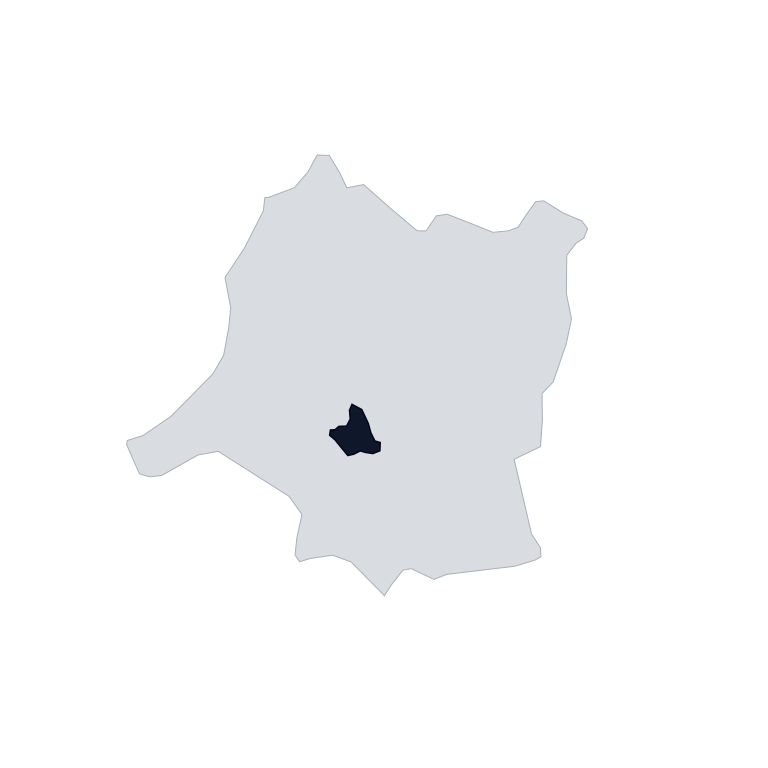 Kosovo, with Štimlje highlighted, rotated 58°
{"feature_id": "KOS-5912", "entity_name": "Štimlje", "entity_type": "District", "adm_level": 1, "iso_a3": "XKX", "parent_name": "Kosovo", "parent_adm1": "", "projection": "albers", "projection_center": [20.998, 42.412], "detail": "fine", "context": "in_parent", "style": "filled", "palette": "ink", "viewbox_px": 768, "rotation_deg": 58, "n_neighbors": 0, "source": "natural_earth", "source_scale": "10m", "svg_char_len": 1372}
<svg xmlns="http://www.w3.org/2000/svg" viewBox="0 0 768 768"><g transform="rotate(58 384 384)"><path d="M238.5,285.4L271.7,274.7L276.5,267.1L269.1,250.6L273.6,240.3L313.2,211.1L319.8,197.8L322.2,187.3L317.0,176.2L309.7,158.8L313.3,151.5L333.8,141.5L350.4,129.9L360.2,129.0L366.3,137.4L366.3,146.1L371.7,160.8L384.0,168.7L404.3,181.6L428.0,190.4L446.5,208.1L471.9,239.5L475.8,255.0L498.7,268.9L520.0,284.5L516.8,313.5L589.4,338.4L605.8,338.1L613.6,342.5L613.4,349.1L607.9,369.5L578.5,432.1L576.2,445.1L554.9,458.9L551.9,466.7L558.1,483.9L563.8,496.0L563.4,495.9L517.5,506.2L502.0,518.2L492.9,538.9L490.0,549.7L481.8,550.0L468.3,539.4L451.1,522.7L428.9,524.1L353.2,560.3L345.6,579.4L343.8,620.8L338.6,631.9L330.5,639.0L299.1,634.4L295.8,631.7L300.0,615.8L298.5,581.2L284.7,523.7L274.7,504.8L254.2,486.0L238.1,473.6L209.4,462.4L195.0,430.8L173.4,394.7L162.9,386.4L164.6,382.9L170.0,355.9L163.9,336.2L154.4,319.3L161.2,309.3L181.3,309.6L197.9,311.6L204.1,295.6L238.5,285.4Z" fill="#d9dde1" stroke="#a8b0b8" stroke-width="1"/><path d="M438.5,422.9L437.1,430.3L432.3,435.9L428.2,439.6L427.5,447.0L425.5,452.6L417.9,453.6L405.1,455.2L398.7,457.3L394.6,453.8L396.8,449.8L396.0,444.7L399.9,438.1L395.8,431.2L388.0,427.2L384.3,421.9L393.9,416.4L401.4,417.3L409.0,418.2L418.6,421.0L427.5,421.9L431.6,418.2L438.5,422.9Z" fill="#0f172a" stroke="#020617" stroke-width="1.5"/></g></svg>